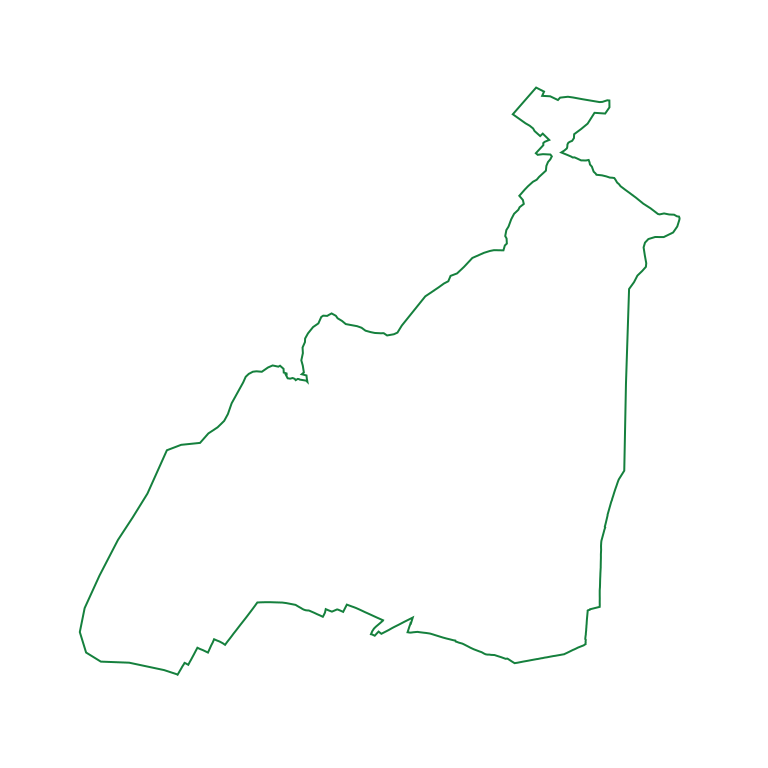 the district of Tampico, Tamaulipas, Mexico, rotated 96°
{"feature_id": "50627088B71136761933939", "entity_name": "Tampico", "entity_type": "district", "adm_level": 2, "iso_a3": "MEX", "parent_name": "Mexico", "parent_adm1": "Tamaulipas", "projection": "robinson", "projection_center": [-97.894, 22.27], "detail": "fine", "context": "isolated", "style": "outline", "palette": "green", "viewbox_px": 768, "rotation_deg": 96, "n_neighbors": 0, "source": "geoboundaries", "source_scale": "gbopen_adm2", "svg_char_len": 6113}
<svg xmlns="http://www.w3.org/2000/svg" viewBox="0 0 768 768"><g transform="rotate(96 384 384)"><path d="M621.6,156.3L620.9,156.5L620.1,156.4L619.2,156.6L617.3,156.6L617.0,156.8L616.6,157.2L615.6,157.2L613.7,157.2L611.7,157.1L611.1,157.2L609.8,157.2L608.9,157.2L607.4,157.2L606.7,157.3L606.0,157.3L604.9,157.3L603.2,157.4L601.5,157.4L599.6,157.5L596.6,157.6L588.5,157.7L588.1,157.8L587.8,157.6L587.6,157.1L587.3,156.5L587.1,155.8L586.5,155.6L585.9,153.9L583.1,146.2L581.5,146.3L578.1,146.7L574.8,147.0L571.4,147.4L566.6,147.9L563.4,148.0L559.5,148.3L555.9,148.6L552.5,148.8L549.8,149.0L546.0,149.2L543.7,149.3L542.9,149.4L539.5,149.7L537.0,149.9L534.3,150.1L530.7,150.5L526.8,150.7L525.6,150.8L524.5,151.0L523.2,151.1L522.9,151.2L521.4,151.3L521.0,151.3L519.2,151.4L517.4,151.4L515.9,151.2L515.5,151.1L513.6,150.8L512.4,150.6L511.7,150.5L509.9,150.2L509.3,150.1L508.0,149.9L506.0,149.6L503.5,149.0L503.0,149.5L501.1,149.2L499.0,148.9L491.3,147.9L490.7,148.0L477.4,145.7L476.0,145.3L475.3,145.1L474.6,145.1L471.9,144.5L470.9,144.3L467.8,143.7L466.9,143.5L465.0,143.1L462.0,142.4L461.7,142.3L458.1,141.5L456.0,141.0L454.3,140.5L445.1,136.0L358.3,143.4L263.9,150.2L256.6,146.0L249.7,143.3L244.7,139.1L240.1,135.8L236.5,135.8L229.0,138.0L221.0,140.1L216.1,139.2L212.2,136.2L209.5,129.8L208.6,121.1L203.1,112.3L196.7,108.8L189.7,107.4L188.2,107.4L186.7,108.1L186.6,110.2L185.3,113.2L185.6,118.1L185.1,123.3L186.5,127.6L186.3,129.3L181.4,137.3L177.6,144.9L172.3,153.0L165.8,164.1L162.6,169.4L160.7,171.2L159.3,173.2L156.6,175.2L155.1,176.5L155.0,178.4L155.1,181.0L154.3,184.6L153.7,189.0L153.7,194.6L152.6,195.5L150.9,197.7L146.1,200.0L144.2,202.1L142.0,202.8L139.8,203.9L140.6,206.5L141.0,211.4L139.5,215.7L138.7,218.2L139.0,220.0L138.2,221.8L137.0,225.7L135.2,231.9L133.0,229.1L130.6,226.8L129.1,226.5L126.6,226.6L124.8,225.9L123.7,224.5L122.5,222.3L119.6,220.8L115.7,221.0L109.9,214.7L103.8,208.7L92.3,203.0L91.9,192.3L85.3,188.7L78.5,189.5L78.5,191.6L80.6,196.3L81.1,199.1L80.0,216.8L79.3,225.8L79.1,231.1L80.8,238.8L83.4,240.7L80.5,248.8L80.9,256.8L76.5,255.4L73.3,263.7L102.3,284.1L109.9,270.6L111.9,266.1L114.3,262.4L116.7,260.7L121.1,254.6L118.4,252.3L124.0,245.2L126.4,249.6L127.8,250.8L129.8,250.5L138.6,257.1L140.0,255.1L138.8,249.9L138.4,242.5L140.1,240.9L143.2,242.1L146.1,244.1L150.1,245.3L154.9,245.3L161.8,251.4L164.9,253.5L167.3,257.0L172.3,261.5L175.9,264.3L182.7,269.1L186.5,265.1L190.3,263.8L194.0,267.6L196.7,268.6L201.1,272.4L206.9,274.7L214.4,276.6L218.1,278.4L224.2,278.9L226.5,277.3L231.5,276.5L233.6,278.3L238.6,279.2L239.4,288.6L240.6,292.5L243.1,298.3L249.4,309.3L259.2,316.7L266.4,322.9L269.5,329.1L275.1,330.8L277.8,334.9L282.2,339.8L292.5,352.1L324.0,372.4L331.5,376.0L333.5,379.4L335.4,386.0L333.5,389.6L333.9,392.7L334.2,398.5L333.8,402.6L332.9,408.0L330.4,412.2L329.3,416.8L328.4,428.3L325.7,432.3L323.5,437.0L321.2,439.0L319.3,443.5L321.0,446.0L322.2,447.6L322.4,451.6L323.9,453.4L330.6,455.6L334.8,460.5L341.6,464.9L347.0,467.2L350.6,467.0L356.2,468.8L361.8,467.9L369.1,468.7L374.2,466.7L380.9,464.9L382.9,466.8L383.6,462.0L386.8,461.3L389.9,460.4L388.8,461.8L388.4,468.4L388.0,469.2L388.0,470.4L389.4,472.2L388.2,473.4L387.6,475.5L388.5,477.9L388.4,480.4L385.1,482.6L384.8,481.8L383.7,482.0L383.1,484.9L379.4,485.5L376.7,489.3L377.8,490.9L377.2,496.7L379.7,501.1L384.6,506.8L384.7,512.2L385.5,515.7L387.8,519.1L388.0,519.5L391.3,522.3L397.1,524.2L419.1,533.5L430.2,536.1L437.4,539.1L444.4,544.9L451.5,553.5L461.8,560.8L465.7,579.4L468.7,585.3L472.6,593.0L517.7,607.8L543.0,620.0L566.9,632.3L604.2,646.9L638.2,658.3L662.5,660.6L682.2,652.2L689.7,636.6L687.8,608.3L691.5,572.8L694.3,559.8L694.7,558.9L687.4,555.6L686.6,555.3L685.0,554.5L683.0,553.5L682.5,553.3L682.2,553.2L682.5,552.2L683.7,549.3L681.7,548.5L680.2,547.9L678.9,547.3L676.2,546.2L672.8,544.8L669.5,543.5L665.8,542.0L666.8,539.2L667.6,536.3L668.5,533.8L669.5,531.0L665.6,529.7L662.2,528.6L658.9,527.3L655.6,526.3L656.5,523.5L657.3,520.6L658.7,517.2L660.0,514.8L656.9,513.0L653.9,511.1L650.8,509.2L647.9,507.5L644.6,505.4L641.5,503.5L638.4,501.6L635.4,499.7L632.7,498.0L629.8,496.2L623.2,492.2L622.7,491.9L621.7,491.3L618.3,489.3L618.0,489.1L616.7,488.4L614.5,487.1L614.4,486.3L614.2,484.8L614.1,484.5L613.8,482.1L613.3,478.4L612.9,474.5L612.6,470.3L612.0,462.3L612.1,458.2L612.6,452.5L612.9,448.9L613.5,447.6L613.8,447.0L615.0,444.3L615.4,443.3L616.3,441.5L616.8,440.1L617.2,438.2L617.2,436.9L617.2,436.0L617.1,435.3L617.2,434.8L617.4,434.0L617.8,432.8L618.8,429.6L619.9,426.5L620.8,423.6L621.9,420.5L620.3,419.8L617.5,418.8L615.7,418.6L614.0,418.4L614.9,415.5L615.8,412.1L615.7,411.7L615.5,411.4L613.1,407.1L613.2,406.2L613.9,403.8L614.9,400.8L607.3,397.9L608.8,392.0L608.9,391.4L609.7,388.4L609.9,387.8L610.8,385.0L611.8,382.1L612.9,379.0L613.8,376.2L614.3,374.7L617.1,366.4L619.1,360.2L619.4,360.3L621.8,362.5L626.2,366.7L628.4,368.5L628.5,368.5L631.0,369.8L631.3,369.9L631.6,370.0L634.2,370.8L634.3,369.8L635.3,366.9L633.0,365.2L630.8,363.5L632.7,360.5L629.3,355.3L627.9,353.2L626.3,351.0L624.8,348.8L621.8,344.1L618.6,339.3L613.3,331.0L619.3,332.2L619.1,332.6L620.8,332.9L622.2,333.3L625.5,334.0L628.4,334.6L628.4,334.4L628.5,333.5L628.5,332.7L628.5,332.1L628.4,331.2L628.0,329.5L627.9,329.2L627.1,325.2L627.0,324.5L627.1,323.5L627.2,318.3L627.2,316.2L627.3,313.8L627.4,312.0L628.0,308.8L628.2,307.9L630.0,298.9L630.6,295.2L631.1,291.5L631.6,288.1L631.7,286.2L632.4,285.9L632.6,285.8L633.0,284.0L633.4,282.5L634.0,278.9L634.4,277.8L634.6,277.2L636.5,272.3L637.2,270.6L638.4,267.1L640.0,261.1L640.5,258.9L641.8,255.9L642.2,254.6L642.3,253.0L642.1,251.2L642.2,249.1L642.0,245.7L642.2,244.9L642.7,242.6L643.4,239.1L644.6,234.3L644.2,232.7L644.6,231.7L646.8,227.4L648.0,224.9L647.7,223.9L647.3,222.3L645.5,216.5L644.1,211.6L643.3,209.0L641.6,203.2L641.5,202.6L640.9,200.7L640.2,198.5L640.2,198.2L639.3,195.5L638.8,193.5L637.7,189.9L636.9,187.2L636.8,186.8L636.3,184.8L636.2,184.5L635.7,182.8L635.4,181.7L634.6,179.0L633.9,176.5L633.7,176.3L632.2,173.8L630.7,171.4L628.6,168.1L628.1,167.1L627.0,165.3L625.9,163.6L624.9,161.7L623.0,158.0L622.6,157.6L621.6,156.3Z" fill="none" stroke="#15803d" stroke-width="2"/></g></svg>